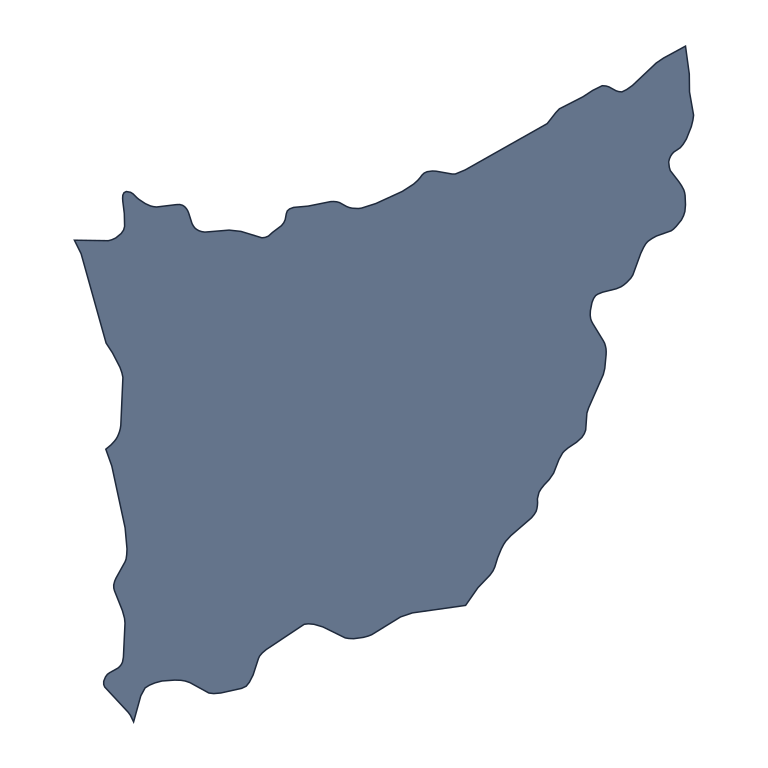 SVG path tracing the border of Florida
{"feature_id": "URY-18", "entity_name": "Florida", "entity_type": "Department", "adm_level": 1, "iso_a3": "URY", "parent_name": "Uruguay", "parent_adm1": "", "projection": "orthographic", "projection_center": [-55.814, -33.776], "detail": "fine", "context": "isolated", "style": "filled", "palette": "slate", "viewbox_px": 768, "rotation_deg": 0, "n_neighbors": 0, "source": "natural_earth", "source_scale": "10m", "svg_char_len": 3174}
<svg xmlns="http://www.w3.org/2000/svg" viewBox="0 0 768 768"><path d="M621.9,91.9L626.6,89.6L632.4,85.5L656.2,63.0L663.6,58.0L685.5,46.1L689.3,74.1L689.5,91.9L693.6,115.2L692.9,120.2L691.3,126.7L686.4,139.0L683.2,144.2L680.3,147.7L673.9,152.0L672.2,153.8L670.7,156.0L669.5,158.7L668.7,161.9L669.3,167.2L670.3,170.6L678.8,181.6L681.5,185.6L683.8,189.9L684.6,192.5L685.1,195.4L685.5,204.8L684.9,211.5L683.6,215.6L681.4,220.0L676.2,226.4L673.5,229.1L671.2,230.8L656.5,236.0L652.0,238.5L648.4,241.0L647.2,242.1L647.0,242.4L646.7,242.7L645.7,243.9L643.6,247.4L640.7,253.5L632.9,274.9L630.8,278.2L626.6,282.6L623.7,285.0L621.0,286.8L616.2,288.8L602.6,292.2L597.7,294.2L595.6,295.6L593.6,298.5L592.0,302.5L590.4,310.6L590.2,315.2L590.7,318.9L591.6,321.3L592.8,323.6L603.4,340.9L604.6,343.2L605.4,345.8L606.0,348.6L606.2,351.7L606.1,354.8L604.8,368.4L603.3,374.6L588.6,407.9L586.9,413.1L585.7,430.0L584.3,433.7L581.9,437.4L576.6,442.2L568.1,447.9L564.3,451.1L562.6,453.0L559.0,459.4L553.6,473.2L549.1,479.7L544.1,485.0L541.1,488.8L539.0,492.3L537.4,498.8L537.6,502.7L537.4,505.6L536.9,508.7L536.1,511.4L534.2,514.5L531.5,517.8L510.8,535.7L505.7,541.3L503.6,544.5L501.3,548.9L497.7,557.6L494.8,567.0L493.0,570.9L490.0,575.1L478.0,587.6L465.6,605.4L412.4,612.9L400.6,616.9L371.7,634.7L368.1,636.1L363.3,637.4L353.7,638.7L348.8,638.5L345.2,637.9L322.8,626.9L314.0,624.3L308.3,623.8L304.2,624.3L266.3,649.5L262.3,652.9L259.7,655.9L258.5,658.4L253.1,675.0L249.4,682.2L246.2,686.2L241.8,688.3L220.8,693.0L213.7,693.6L208.8,693.0L189.9,682.6L185.1,681.0L180.9,680.3L174.7,680.1L162.0,681.0L154.9,682.9L149.4,685.2L145.1,687.9L140.8,695.8L133.6,721.9L130.4,715.3L128.2,712.3L104.7,687.0L103.7,684.5L103.7,681.3L105.5,676.9L107.4,674.3L109.8,672.6L117.9,668.1L119.7,666.5L121.3,664.5L122.5,662.1L123.4,657.2L125.0,623.2L124.5,618.2L122.4,610.6L114.5,590.8L113.8,588.1L113.7,585.0L114.7,581.1L116.0,578.1L125.1,561.7L126.1,559.0L126.7,554.7L127.0,549.0L125.1,527.8L111.8,466.0L105.8,449.2L111.0,444.9L114.5,441.1L116.1,439.0L117.4,436.8L118.5,434.3L119.5,431.6L120.3,428.6L120.8,425.3L122.9,377.4L121.9,372.8L120.0,367.4L112.5,352.9L106.1,343.1L81.1,253.7L74.4,240.2L108.3,240.7L111.7,239.8L115.7,238.0L121.2,233.5L123.6,230.0L124.6,226.4L124.3,213.5L122.8,201.4L122.6,198.3L122.8,195.2L124.0,192.7L126.3,191.5L130.6,192.3L133.1,193.9L136.9,197.7L138.8,199.3L145.3,203.6L150.4,205.9L153.3,206.6L156.5,207.0L176.4,204.6L179.8,204.5L182.6,205.3L184.7,206.7L186.4,208.6L187.7,210.7L188.7,213.1L192.0,223.5L193.2,225.7L194.7,227.8L196.6,229.4L198.9,230.7L201.7,231.6L204.8,232.1L229.1,230.1L241.0,231.4L261.9,237.8L265.2,237.4L268.4,236.1L272.5,232.4L281.4,225.7L283.8,222.7L285.2,219.6L286.3,213.7L287.3,210.9L289.6,208.9L293.6,207.4L308.1,206.1L330.6,201.6L333.7,201.5L336.8,201.8L339.6,202.6L346.6,206.5L349.2,207.5L352.2,208.2L358.4,208.5L361.5,208.1L375.9,203.5L402.3,191.4L413.6,184.1L417.7,180.4L420.4,177.3L421.9,175.2L424.1,173.1L427.1,171.7L432.4,171.0L436.2,171.2L452.1,174.0L455.3,174.0L465.0,170.0L547.2,123.6L555.8,112.6L559.4,108.8L582.9,96.8L592.7,90.4L602.2,85.7L606.1,86.0L609.0,86.9L616.1,90.8L618.8,91.6L621.9,91.9Z" fill="#64748b" stroke="#1e293b" stroke-width="1.5"/></svg>